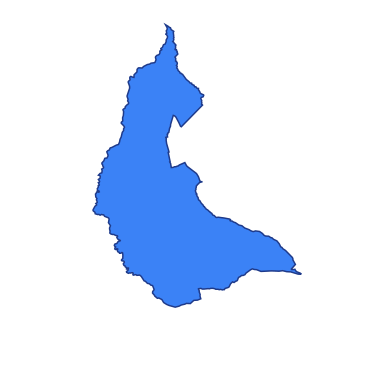 the district of Antonio Ante, Imbabura, Ecuador, rotated 314°
{"feature_id": "8360857B41675882344987", "entity_name": "Antonio Ante", "entity_type": "district", "adm_level": 2, "iso_a3": "ECU", "parent_name": "Ecuador", "parent_adm1": "Imbabura", "projection": "albers", "projection_center": [-78.197, 0.328], "detail": "fine", "context": "isolated", "style": "filled", "palette": "blue", "viewbox_px": 384, "rotation_deg": 314, "n_neighbors": 0, "source": "geoboundaries", "source_scale": "gbopen_adm2", "svg_char_len": 5970}
<svg xmlns="http://www.w3.org/2000/svg" viewBox="0 0 384 384"><g transform="rotate(314 192 192)"><path d="M208.9,327.2L208.8,326.2L207.3,322.5L207.5,320.7L207.9,319.7L206.9,319.1L205.4,317.4L205.7,317.0L211.7,316.7L213.3,311.6L213.9,311.2L214.6,309.8L214.9,299.9L214.3,296.7L214.6,295.3L214.2,293.8L215.3,290.9L215.8,287.0L214.6,283.5L214.6,281.3L213.9,280.3L213.5,277.9L211.4,275.5L210.9,273.9L211.1,271.5L210.5,268.0L208.1,264.7L206.4,263.8L205.7,263.0L204.9,261.0L204.6,259.3L202.7,254.9L202.4,251.3L200.8,248.7L200.1,244.5L199.2,242.7L199.0,241.1L197.9,239.7L197.9,239.2L198.8,238.9L198.7,237.9L195.7,233.3L192.0,228.3L190.8,227.5L190.4,226.6L190.5,224.3L189.9,223.3L190.1,221.8L190.4,221.2L190.0,219.1L190.2,218.6L190.0,218.0L190.0,215.7L189.5,214.0L189.8,213.3L189.7,211.8L190.1,211.2L189.8,210.3L190.3,209.2L190.4,206.3L191.2,203.6L190.9,202.3L191.3,201.8L191.3,201.3L192.1,200.5L192.4,199.7L192.3,199.1L193.0,197.7L193.5,197.3L193.4,196.6L194.1,196.4L194.1,195.5L195.3,193.5L196.7,193.0L197.3,192.2L198.0,192.0L199.4,190.9L200.1,191.0L201.3,190.7L202.4,191.0L203.9,190.8L206.7,192.4L205.9,191.6L205.4,190.1L207.5,185.9L208.4,182.4L207.1,171.2L207.1,169.9L208.2,166.4L202.6,164.1L200.9,163.9L200.4,163.4L199.1,162.9L198.0,161.9L196.5,161.3L195.2,160.1L197.7,156.7L198.1,155.1L198.6,155.2L204.0,147.3L204.8,147.7L209.2,140.1L211.4,137.3L212.5,136.5L213.1,135.2L214.6,136.2L216.3,134.1L217.0,134.3L217.5,133.7L218.8,133.9L222.3,131.6L224.3,130.9L225.7,129.7L234.1,125.3L234.7,126.6L234.7,128.4L232.8,134.3L231.3,138.1L231.5,139.0L262.5,139.2L261.6,138.9L261.7,137.9L263.0,137.1L263.7,136.0L264.6,135.4L265.3,133.4L266.4,133.0L268.3,133.9L269.8,133.2L269.9,132.7L269.0,130.4L268.9,129.0L269.6,127.7L270.0,125.6L271.0,124.7L270.2,123.7L270.1,123.0L270.4,121.6L269.5,120.8L270.2,119.4L269.7,118.9L269.9,118.1L269.4,117.1L270.0,116.1L269.1,115.0L269.3,113.2L269.0,109.7L270.1,103.4L269.6,101.9L269.8,101.4L269.3,100.8L269.8,99.6L269.7,97.6L270.4,96.6L270.6,94.8L271.9,94.3L272.2,93.7L272.2,92.9L273.1,92.8L274.3,92.1L274.8,91.3L274.8,90.4L275.2,90.1L274.8,89.2L276.9,87.4L277.2,86.0L281.3,86.0L281.9,85.1L282.1,84.2L282.9,83.6L282.8,82.8L283.5,82.1L283.6,81.8L282.7,81.1L282.7,80.9L284.9,79.6L285.6,78.5L286.2,78.6L286.6,78.2L286.7,75.6L287.0,74.7L286.8,73.7L287.8,73.6L289.2,72.9L289.6,72.0L290.6,71.7L290.9,70.9L291.5,70.5L293.8,67.7L294.9,67.3L294.3,64.2L295.2,62.4L294.7,61.4L294.7,60.1L293.9,56.7L292.9,59.9L292.5,60.5L291.4,61.3L290.1,61.5L288.6,63.6L287.6,63.4L287.3,63.6L287.5,64.4L287.0,66.2L285.8,67.2L283.4,67.8L282.3,68.9L279.8,69.9L278.1,69.2L275.4,70.3L273.6,69.9L273.3,70.1L273.3,71.4L271.0,71.0L269.8,72.3L268.4,72.8L267.6,72.7L265.8,71.8L264.1,71.8L263.3,72.3L262.2,74.2L259.6,75.3L258.7,75.0L256.2,73.0L254.6,72.7L252.6,71.3L248.4,69.9L247.1,70.1L246.5,69.9L244.4,67.5L243.8,67.2L242.1,67.3L240.1,69.0L236.1,68.9L234.1,70.6L233.4,69.6L232.7,67.7L231.6,67.5L230.8,68.0L229.7,69.5L228.3,69.4L227.1,69.5L226.6,69.9L224.8,73.5L223.4,75.0L216.1,78.5L215.5,79.1L214.3,81.6L212.8,82.4L212.4,84.0L211.9,84.7L211.2,85.0L209.6,84.7L207.1,84.7L205.8,85.6L203.9,85.1L203.2,85.2L202.3,87.0L199.3,89.5L197.2,90.5L195.3,92.5L194.7,92.9L193.3,92.7L192.8,92.9L192.3,93.4L192.2,96.8L191.8,98.4L189.9,98.9L188.7,100.1L186.5,100.4L182.3,102.9L180.0,103.6L177.5,105.2L175.1,106.1L173.2,105.0L168.4,103.4L167.0,102.6L166.5,102.6L164.9,103.3L163.1,102.7L161.7,102.8L160.2,106.0L159.2,106.7L157.2,107.2L156.2,106.2L155.6,105.9L153.3,106.9L150.4,107.0L149.6,107.7L149.6,108.5L148.7,109.9L148.5,111.1L147.9,111.5L147.2,111.5L145.7,111.1L144.9,112.6L143.1,113.8L141.6,113.0L139.1,113.0L139.8,114.5L139.4,115.3L137.9,116.3L136.0,115.9L135.5,118.1L134.5,118.6L133.7,118.1L132.8,120.3L132.3,120.5L131.7,120.1L131.4,120.1L130.5,121.2L128.5,121.6L127.9,122.6L127.0,123.1L127.0,123.4L128.1,124.1L127.7,125.2L127.1,125.1L126.2,123.8L125.6,123.5L124.5,124.0L123.5,124.0L121.6,126.2L121.2,128.2L119.9,128.7L119.6,129.7L118.6,131.1L116.9,130.8L116.8,131.8L116.4,132.4L114.4,132.1L110.7,133.1L110.1,133.5L109.8,134.1L110.0,136.3L109.1,137.5L110.2,139.7L111.2,140.6L111.5,142.0L113.1,142.6L113.5,143.5L114.2,144.3L113.8,146.0L115.3,149.7L115.3,150.4L114.8,151.3L111.9,153.2L111.1,156.8L108.8,157.7L107.5,159.2L107.2,160.0L105.4,161.4L105.4,162.7L106.2,164.3L107.2,165.3L107.6,167.0L108.7,168.8L108.4,169.3L107.2,169.4L106.7,170.7L106.6,171.8L107.3,174.0L106.7,174.2L105.9,173.6L104.9,173.3L102.8,173.7L101.0,172.7L99.7,173.1L99.3,174.1L99.5,175.1L98.3,175.4L97.4,176.0L97.5,176.9L98.1,177.4L99.1,177.3L99.4,178.2L99.1,178.4L98.6,178.0L97.7,179.6L97.5,180.3L98.0,181.6L97.6,182.4L98.4,183.3L99.8,183.6L100.0,184.3L98.7,186.0L96.2,188.3L94.1,188.5L93.8,188.9L93.9,189.6L94.6,190.3L94.9,191.4L94.3,192.2L92.7,192.4L92.4,192.8L91.9,194.1L92.3,195.2L91.8,195.9L92.1,197.5L91.1,198.3L91.3,198.7L93.0,198.8L93.1,199.2L91.1,200.4L89.3,200.1L88.8,200.8L89.3,202.7L90.3,203.2L90.9,204.0L92.2,204.8L92.7,205.4L92.7,206.1L91.5,206.9L91.4,207.5L93.5,208.9L93.8,210.3L95.7,211.9L96.0,212.7L96.0,214.3L94.8,219.3L95.4,220.5L95.3,223.4L96.4,225.1L96.4,227.1L97.3,228.6L95.6,232.4L94.8,232.7L93.2,232.8L91.9,233.8L91.6,236.7L91.2,237.9L91.5,238.6L91.3,239.3L91.5,240.9L92.7,241.8L93.7,245.1L92.8,248.4L93.5,251.8L94.5,254.4L97.5,259.9L100.9,262.0L103.3,262.8L106.4,264.8L107.9,265.3L110.6,268.3L115.3,268.6L118.1,271.1L121.3,272.5L122.7,270.0L123.9,269.1L125.1,266.7L126.1,265.6L126.7,263.9L127.0,263.9L128.9,265.4L129.3,266.8L130.7,268.2L133.7,270.7L134.4,271.7L135.7,272.4L137.3,274.0L138.2,275.5L138.5,276.6L140.2,278.4L140.6,279.4L141.7,280.1L142.8,282.0L143.4,282.2L144.2,283.1L145.6,282.8L148.3,284.3L149.5,284.6L152.8,283.5L155.5,283.6L156.1,285.1L158.4,285.5L159.1,286.0L160.1,286.0L162.3,285.0L163.8,285.0L164.6,285.5L166.3,285.6L167.6,286.8L169.3,287.5L171.0,287.2L171.9,287.3L177.0,288.2L178.7,288.9L179.5,290.6L181.0,292.4L182.8,296.8L190.5,304.0L195.5,309.6L198.4,311.9L200.5,315.5L203.1,318.5L206.6,325.3L208.3,327.3L208.9,327.2Z" fill="#3b82f6" stroke="#1e3a8a" stroke-width="1.5"/></g></svg>